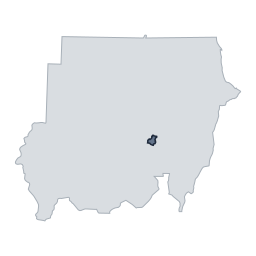 Um Rimta, White Nile, Sudan (highlighted)
{"feature_id": "16777658B63870425694852", "entity_name": "Um Rimta", "entity_type": "district", "adm_level": 2, "iso_a3": "SDN", "parent_name": "Sudan", "parent_adm1": "White Nile", "projection": "albers", "projection_center": [31.887, 14.607], "detail": "fine", "context": "in_parent", "style": "filled", "palette": "slate", "viewbox_px": 256, "rotation_deg": 0, "n_neighbors": 0, "source": "geoboundaries", "source_scale": "gbopen_adm2", "svg_char_len": 4423}
<svg xmlns="http://www.w3.org/2000/svg" viewBox="0 0 256 256"><path d="M181.8,211.6L179.3,211.6L179.0,211.0L179.0,209.3L179.3,208.0L180.2,206.0L180.0,204.9L180.1,203.4L179.4,201.6L173.2,196.5L172.0,195.1L168.7,193.9L169.3,192.4L167.8,181.9L168.5,180.7L168.7,178.9L168.7,177.3L169.4,174.6L169.5,173.5L163.0,173.4L163.0,174.6L163.3,175.9L163.2,176.4L154.2,176.4L157.8,180.5L158.0,182.3L157.8,184.6L157.8,186.0L158.1,187.0L159.0,188.8L159.0,189.1L158.7,189.6L152.3,195.1L151.2,197.6L150.4,198.9L148.5,201.2L142.6,207.0L141.6,207.4L137.1,207.6L136.7,207.7L136.3,208.0L136.1,207.9L132.3,204.5L125.9,200.3L121.6,202.4L120.4,203.2L120.3,205.2L119.7,206.2L118.5,207.3L115.3,207.9L113.7,208.5L111.7,209.6L109.8,211.5L109.6,212.4L109.8,213.3L98.9,213.1L98.1,212.4L96.6,209.3L95.5,209.4L85.5,208.9L84.1,209.2L81.2,210.4L79.8,210.6L78.3,209.9L73.2,203.7L72.1,203.0L71.0,201.5L69.9,200.8L69.5,200.4L69.4,199.7L69.5,198.4L69.1,197.5L68.3,197.3L61.2,198.5L60.2,198.3L58.7,198.5L58.2,198.8L57.6,199.6L57.5,201.2L57.2,202.0L56.7,203.0L54.6,205.0L54.1,205.8L54.2,208.1L54.0,209.3L53.7,209.8L52.8,210.6L52.4,211.1L52.0,214.0L50.8,215.7L50.6,216.4L50.5,217.6L50.3,218.0L47.0,218.9L45.8,219.5L45.1,220.5L44.9,220.9L43.5,220.5L41.8,220.2L38.4,219.7L37.1,219.2L36.5,218.5L36.8,216.8L36.5,216.4L35.9,216.0L35.6,215.3L35.7,214.3L37.6,212.4L38.0,211.3L38.6,206.2L38.5,204.6L37.2,201.7L34.2,196.7L33.5,195.7L29.7,191.4L29.2,190.8L28.3,189.1L29.5,185.3L29.7,184.3L29.4,183.2L28.5,182.3L27.6,182.2L26.4,181.2L25.7,180.7L25.0,179.8L24.6,178.5L25.1,174.1L24.9,173.5L23.9,173.3L23.7,172.9L23.8,172.1L23.3,169.5L22.8,167.4L23.2,166.3L22.4,164.6L20.8,163.9L17.7,164.3L16.7,164.1L16.0,163.8L15.6,163.2L15.4,162.5L15.6,161.5L16.6,159.7L17.8,158.1L20.1,156.8L20.8,156.1L21.1,155.3L21.2,154.3L21.1,153.3L20.9,152.4L20.3,151.1L19.7,149.7L19.8,148.7L20.1,148.0L20.7,147.2L23.0,145.6L25.4,144.4L25.8,143.9L25.7,143.3L24.7,142.2L24.4,140.0L23.9,138.4L25.1,137.3L26.0,137.0L27.4,136.7L27.9,136.2L28.1,135.3L28.1,134.4L28.6,133.8L29.3,132.4L29.8,131.8L31.6,130.2L32.1,129.2L32.2,128.2L31.9,125.1L32.9,123.8L34.3,122.8L36.1,123.0L39.0,122.8L40.9,122.5L42.3,122.5L45.5,123.2L45.8,123.0L46.0,122.2L48.0,63.8L61.0,64.2L62.0,36.6L142.9,38.0L143.5,37.9L144.8,35.3L145.4,35.1L146.2,35.3L146.5,35.9L145.8,38.0L216.4,37.2L216.6,40.4L217.3,42.9L219.4,46.4L221.1,48.3L221.8,49.4L221.8,49.9L221.8,50.3L221.2,49.8L220.3,49.5L220.3,51.2L220.8,54.6L221.5,57.0L221.1,59.2L221.2,63.0L222.2,67.6L222.1,70.5L223.8,77.2L225.3,80.9L226.1,81.8L227.0,82.3L228.8,82.6L231.3,84.4L233.4,86.4L234.1,87.5L235.2,88.6L235.8,88.4L236.2,88.0L236.9,89.0L240.1,90.9L240.6,91.8L239.5,92.8L238.2,94.4L237.6,95.9L237.3,96.4L236.3,97.3L236.1,97.8L235.6,98.1L235.1,98.1L234.1,98.7L233.1,98.5L232.1,98.8L231.7,99.2L231.0,99.5L229.9,99.7L228.3,101.0L226.8,101.6L226.3,102.2L225.6,104.7L225.1,105.3L222.9,105.5L221.9,105.7L220.5,105.4L219.8,105.5L219.6,106.0L219.4,108.2L219.4,109.1L218.3,111.6L218.7,116.1L217.6,119.6L217.5,120.3L216.4,123.1L215.8,124.1L214.4,129.2L213.8,130.7L212.6,132.4L214.1,144.5L213.1,148.3L213.2,150.3L212.5,153.3L211.9,154.7L211.0,156.4L210.2,158.3L209.5,160.8L209.1,165.5L208.9,165.9L205.0,166.6L203.8,166.9L203.0,167.4L202.0,168.6L200.1,172.0L199.1,174.0L197.5,176.8L195.6,178.8L195.2,179.7L194.9,181.5L194.2,184.3L193.6,186.3L193.8,187.9L193.2,190.6L193.3,192.0L192.6,192.7L191.7,193.5L191.1,193.7L188.4,191.8L186.5,193.1L185.3,194.9L184.4,196.8L185.0,200.6L184.9,201.4L184.7,202.3L182.9,206.1L182.4,207.8L181.8,210.8L181.8,211.6Z" fill="#d9dde1" stroke="#a8b0b8" stroke-width="1"/><path d="M154.9,143.6L155.2,143.2L155.4,142.7L155.7,142.0L155.2,141.4L155.4,140.7L155.1,140.2L154.9,139.7L155.3,139.0L155.3,138.6L155.5,138.3L155.5,137.9L155.9,137.6L156.6,137.4L156.7,137.0L156.7,136.4L155.9,136.2L155.2,136.2L154.4,136.0L154.1,135.9L153.7,135.7L153.6,135.4L153.1,135.3L152.7,135.3L152.5,135.5L152.5,135.8L152.3,136.5L152.0,136.5L151.8,136.5L151.8,136.8L151.8,137.3L151.7,137.7L151.6,138.2L151.3,138.5L151.2,138.6L150.9,138.8L150.4,139.2L150.0,139.5L149.8,139.4L149.4,139.2L149.2,139.0L149.0,139.3L148.8,139.5L148.7,139.6L147.9,140.2L147.8,140.4L147.9,140.8L147.8,141.1L147.8,141.3L147.8,141.7L147.8,142.0L147.7,142.1L147.7,142.3L147.7,142.6L147.6,142.9L148.0,143.0L148.3,143.0L149.4,143.2L149.9,143.3L150.0,143.5L150.4,144.1L150.8,144.4L152.7,145.2L153.3,145.3L153.4,145.1L153.6,144.0L154.7,143.5L154.9,143.6L154.9,143.6Z" fill="#64748b" stroke="#1e293b" stroke-width="1.5"/></svg>